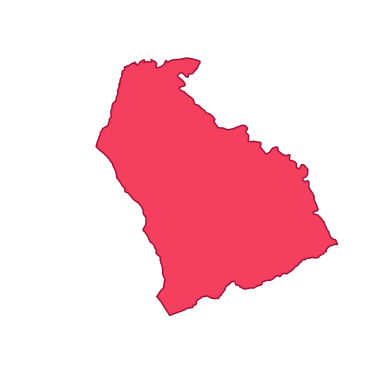 Santa Sofía, Boyacá, Colombia, rotated 317°
{"feature_id": "7082276B71220292123998", "entity_name": "Santa Sofía", "entity_type": "district", "adm_level": 2, "iso_a3": "COL", "parent_name": "Colombia", "parent_adm1": "Boyacá", "projection": "mercator", "projection_center": [-73.594, 5.735], "detail": "fine", "context": "isolated", "style": "filled", "palette": "rose", "viewbox_px": 384, "rotation_deg": 317, "n_neighbors": 0, "source": "geoboundaries", "source_scale": "gbopen_adm2", "svg_char_len": 6044}
<svg xmlns="http://www.w3.org/2000/svg" viewBox="0 0 384 384"><g transform="rotate(317 192 192)"><path d="M252.3,67.4L251.3,68.8L250.7,69.0L249.8,68.3L249.2,67.6L248.9,66.7L247.8,65.8L246.4,65.4L245.1,64.5L246.9,63.7L247.1,63.2L246.7,62.5L245.6,62.0L242.8,61.5L239.2,62.2L238.4,61.4L238.1,60.8L238.6,60.3L238.8,58.2L238.2,58.0L237.3,58.5L236.7,57.4L236.0,57.2L232.6,56.5L231.6,56.5L230.7,55.5L229.5,55.8L228.9,55.7L228.5,54.8L228.1,54.6L227.5,54.8L226.2,56.5L224.9,56.5L224.0,56.1L223.4,56.1L223.0,57.2L222.4,57.2L221.1,57.7L220.6,58.3L220.1,59.6L217.1,60.3L214.7,62.0L214.2,62.5L213.8,63.5L213.3,63.6L213.3,63.2L212.8,63.0L212.3,63.2L212.0,64.2L211.3,64.1L210.5,65.4L208.4,66.2L207.5,67.1L206.4,67.2L205.3,69.1L204.7,69.6L201.2,71.2L199.0,73.1L197.5,73.3L194.9,73.2L191.8,74.8L191.4,75.5L190.6,76.1L188.3,77.3L187.1,78.3L183.9,82.1L182.1,82.2L180.9,82.6L179.8,83.9L177.7,84.7L176.5,85.8L175.7,86.1L173.8,85.6L173.2,85.7L172.7,85.2L171.1,85.1L170.3,84.6L169.7,84.6L168.5,85.7L168.0,85.8L167.4,85.6L166.3,85.8L165.3,86.2L163.9,87.5L161.5,88.4L160.0,89.4L157.6,90.5L153.7,92.8L152.8,93.6L153.3,100.8L153.7,101.7L154.0,108.0L154.0,109.9L153.2,116.8L152.0,119.2L151.3,122.0L150.1,125.0L147.8,129.0L146.7,130.2L146.5,133.6L146.0,137.1L145.3,139.5L145.3,144.0L143.8,144.9L143.4,145.9L143.6,147.3L144.4,148.5L144.8,149.6L144.4,151.6L144.4,154.0L144.1,155.5L144.3,158.4L145.4,164.5L145.1,166.0L145.2,168.2L144.4,169.9L144.3,171.6L141.9,174.0L141.3,175.5L140.9,179.6L136.4,184.0L133.6,185.2L132.9,185.2L130.6,186.1L129.9,187.4L130.4,188.3L130.0,190.7L129.3,194.4L127.5,199.6L127.6,201.2L128.0,203.1L128.0,205.1L126.8,207.2L126.3,209.7L125.5,211.0L124.0,212.1L124.0,214.5L124.4,216.6L124.4,217.8L123.5,218.9L122.6,219.7L120.9,222.8L119.5,226.1L117.3,229.1L115.4,231.0L114.1,233.1L112.5,238.1L111.0,238.4L106.2,242.4L104.5,242.8L102.1,242.8L94.9,244.5L94.5,251.2L92.6,261.0L91.6,267.0L105.8,273.0L108.1,273.6L108.8,273.6L109.5,273.4L110.8,275.2L112.1,275.5L113.2,276.7L114.2,276.7L114.7,276.0L115.7,275.8L116.4,276.1L116.6,276.5L117.2,276.5L117.4,276.8L118.2,276.9L119.2,276.6L119.9,275.6L121.5,274.7L122.2,274.9L123.4,274.9L125.8,275.6L127.1,275.2L127.8,275.5L129.0,276.5L129.9,276.4L130.4,277.4L131.2,277.7L132.6,279.0L132.9,279.7L132.9,280.8L133.8,282.0L133.7,282.5L134.0,283.3L134.7,283.8L136.1,285.7L137.7,286.6L138.3,287.6L138.7,287.9L141.5,287.1L143.3,287.3L144.1,286.6L145.7,286.7L147.3,286.1L149.0,286.3L149.5,285.5L151.4,284.9L153.0,283.9L154.1,284.2L154.4,284.8L155.7,284.6L156.5,284.8L159.0,284.7L161.5,285.6L162.0,285.9L162.0,287.4L160.9,289.3L160.8,290.2L161.9,291.2L162.5,292.3L162.7,293.5L162.3,294.1L163.2,295.2L163.0,296.3L163.7,297.1L163.7,297.9L164.3,298.8L165.7,300.0L167.1,300.4L168.1,301.7L169.6,302.0L171.2,304.1L171.9,304.4L173.2,304.5L174.2,305.0L175.1,304.9L176.2,305.7L176.9,305.7L178.4,306.9L179.7,307.1L180.2,307.1L181.4,306.4L182.4,305.7L182.9,305.7L183.7,306.6L185.2,307.1L187.1,308.1L189.1,310.1L192.2,310.8L194.0,310.6L195.2,311.0L196.7,310.6L197.6,311.5L197.9,313.0L198.3,313.2L198.8,313.9L201.0,313.5L203.1,313.7L205.7,316.6L206.2,316.5L207.2,316.8L207.7,316.7L210.0,317.3L211.8,317.2L212.8,317.5L214.5,317.4L216.3,316.8L217.7,317.5L219.8,317.7L221.8,317.3L222.4,316.9L223.8,317.7L224.4,317.2L225.1,317.3L226.4,317.1L227.1,317.1L227.9,318.3L228.5,318.5L229.9,318.6L232.3,319.8L232.8,320.6L235.0,321.6L237.3,324.3L238.4,325.3L239.6,326.0L240.7,326.0L241.8,325.6L242.9,326.1L244.0,326.1L245.8,326.8L247.5,326.5L249.5,327.0L250.2,326.6L250.5,326.0L251.0,325.7L252.1,325.6L253.2,325.2L255.1,325.5L256.1,325.3L256.7,325.6L257.5,326.4L259.5,326.9L260.0,327.5L261.0,327.7L261.8,328.9L262.8,329.4L264.4,324.9L264.2,324.4L263.3,323.5L262.5,320.2L263.4,317.1L264.1,316.0L264.8,314.5L265.3,311.1L266.2,308.9L266.7,306.9L268.0,304.2L268.1,303.0L268.5,297.4L268.3,295.2L268.0,294.0L267.4,292.9L266.3,291.6L266.1,290.6L266.5,289.9L267.4,289.6L268.7,290.0L270.6,291.0L271.6,291.1L272.1,290.9L274.0,286.9L276.1,280.7L278.1,278.7L278.6,277.6L279.6,274.1L279.9,270.5L280.6,268.6L281.4,267.4L284.0,264.7L284.5,263.8L284.4,263.0L284.0,262.3L282.6,262.2L281.6,261.1L281.0,259.3L281.2,258.6L282.4,257.7L285.8,258.6L287.2,258.4L289.1,257.5L290.6,255.8L291.9,255.0L292.1,254.6L292.4,249.1L292.0,248.0L290.7,246.8L289.5,246.9L287.8,247.9L287.2,248.0L286.4,248.0L285.6,247.1L285.3,245.0L287.7,242.4L287.9,241.4L287.6,239.4L285.6,235.9L285.4,235.0L285.7,234.3L288.4,232.1L288.8,231.4L288.5,231.0L285.9,229.7L285.2,228.9L284.0,226.7L283.1,221.3L283.5,220.0L284.9,218.0L285.0,217.6L284.7,217.0L283.7,216.1L280.8,215.0L279.2,215.1L276.8,215.7L276.0,215.7L273.5,215.3L272.3,214.7L272.0,214.0L272.0,213.3L272.3,212.7L272.2,209.9L272.5,208.7L272.5,206.1L272.8,205.5L275.0,204.1L275.9,202.9L275.0,201.3L274.3,200.3L273.3,199.4L272.1,197.4L269.5,195.4L268.0,193.7L268.3,192.4L269.5,191.9L270.6,190.6L271.6,189.7L271.9,189.2L272.2,187.4L271.9,186.1L272.0,185.0L272.6,184.4L275.2,183.8L276.1,182.8L276.4,181.2L276.0,179.6L275.3,178.5L274.1,177.3L268.7,175.1L265.0,173.7L261.3,171.3L259.7,169.6L258.7,166.8L255.8,163.8L255.1,162.0L255.9,155.7L256.8,155.0L258.1,154.7L258.3,154.5L258.7,151.6L258.6,149.8L258.2,146.9L256.4,143.8L256.8,141.0L256.0,137.3L255.9,133.5L255.6,132.5L254.1,130.0L254.2,128.7L255.9,125.5L256.0,124.6L255.9,122.6L255.1,119.2L254.5,113.0L253.1,110.2L253.1,109.2L253.5,107.7L254.2,107.1L254.6,107.1L258.8,109.2L259.5,109.3L260.1,108.9L260.5,108.2L261.0,106.5L261.1,103.9L260.9,101.4L260.7,100.9L260.3,98.7L260.4,97.8L261.0,97.0L261.8,96.7L264.4,96.9L265.3,97.2L265.8,97.9L266.1,98.9L266.3,100.7L266.4,103.6L266.6,104.5L267.0,105.0L267.8,105.1L269.3,103.9L270.0,103.7L270.6,103.9L272.7,105.6L273.4,105.8L276.6,105.3L280.3,105.1L283.3,103.5L285.5,103.1L286.3,102.7L286.7,102.1L286.7,101.0L285.4,98.7L282.3,94.0L280.5,91.6L278.4,89.5L273.7,86.8L268.8,82.8L266.9,81.7L265.2,81.0L264.0,80.9L262.7,80.5L262.8,78.7L262.6,78.1L262.0,78.1L261.1,78.6L259.2,79.3L257.2,79.6L255.2,79.3L253.1,78.4L251.3,77.4L250.8,76.6L250.7,75.9L252.7,74.8L253.5,74.2L253.9,73.5L253.8,71.3L252.3,67.4Z" fill="#f43f5e" stroke="#9f1239" stroke-width="1.5"/></g></svg>